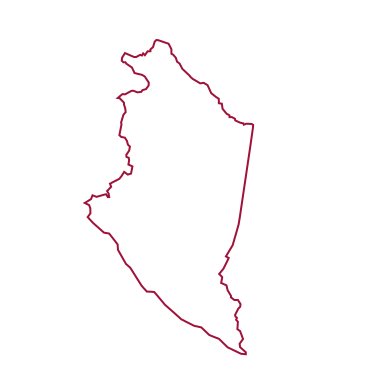 outline of Isabela, Puerto Rico, rotated 210°
{"feature_id": "32010507B24410852555408", "entity_name": "Isabela", "entity_type": "district", "adm_level": 2, "iso_a3": "PRI", "parent_name": "Puerto Rico", "parent_adm1": "", "projection": "natural_earth1", "projection_center": [-66.998, 18.445], "detail": "fine", "context": "isolated", "style": "outline", "palette": "rose", "viewbox_px": 384, "rotation_deg": 210, "n_neighbors": 0, "source": "geoboundaries", "source_scale": "gbopen_adm2", "svg_char_len": 2359}
<svg xmlns="http://www.w3.org/2000/svg" viewBox="0 0 384 384"><g transform="rotate(210 192 192)"><path d="M319.5,278.8L319.7,273.3L318.5,270.6L316.2,270.0L314.5,271.1L313.0,270.3L306.3,269.8L301.2,266.3L293.7,268.5L290.6,268.4L284.1,265.1L282.8,262.5L283.3,258.1L285.8,255.5L286.0,253.4L289.1,251.0L293.4,250.4L295.0,249.3L298.8,243.1L301.2,242.0L303.3,236.3L301.4,237.0L295.7,235.4L294.4,233.5L291.7,231.1L289.4,228.0L290.0,224.6L288.1,216.6L286.9,215.4L283.3,204.9L280.8,204.3L277.3,205.5L273.9,203.7L271.2,201.0L268.5,200.3L267.1,196.4L267.5,191.4L266.3,189.6L263.9,190.0L262.3,188.0L260.8,184.0L256.4,184.4L254.0,177.5L256.3,175.0L260.8,175.5L261.0,170.6L261.5,167.1L267.2,158.2L264.6,156.1L266.0,150.4L263.5,149.0L261.2,146.2L262.3,145.5L265.3,147.1L266.8,145.7L272.2,140.1L276.5,139.4L275.9,135.3L279.4,128.9L274.5,129.2L271.9,127.0L269.3,122.7L269.8,118.1L262.4,115.8L258.2,114.9L248.0,112.8L247.0,113.1L243.0,114.6L235.0,111.4L230.2,109.4L227.2,104.9L213.2,96.7L207.5,95.5L189.1,85.8L187.8,85.3L185.2,84.4L184.7,84.3L181.4,83.2L176.7,85.6L176.0,85.9L174.7,86.5L171.5,85.4L159.8,81.1L159.3,80.9L156.4,80.3L145.0,78.0L141.7,77.3L137.6,76.4L135.3,76.6L133.7,76.6L128.5,76.9L125.0,77.1L123.2,77.2L120.1,78.2L117.5,79.0L116.2,79.4L107.2,77.2L105.5,76.8L103.3,77.1L97.7,77.9L97.5,78.0L95.1,78.3L92.0,77.5L83.4,75.3L68.7,76.4L64.3,78.4L65.3,80.1L72.8,81.7L74.9,84.4L74.3,90.2L80.8,95.6L84.1,95.9L87.4,102.6L89.9,103.4L90.2,105.5L92.0,105.9L93.2,106.9L93.6,114.1L92.9,116.8L94.0,119.2L98.2,121.4L101.3,119.7L105.6,120.2L106.2,121.5L112.0,124.7L115.5,128.4L121.3,127.8L123.0,132.8L123.4,133.5L127.5,134.6L126.4,141.3L127.0,150.5L127.2,153.2L130.4,153.2L130.2,166.3L133.6,180.1L135.4,187.2L138.0,194.1L145.8,213.8L164.1,260.1L171.5,278.5L172.6,280.7L174.5,280.7L179.1,278.3L180.8,276.2L181.8,277.1L185.0,276.1L190.3,275.6L191.5,276.9L195.0,276.8L196.9,275.6L197.9,277.1L201.2,277.1L207.1,279.3L210.3,283.4L213.1,282.3L215.4,286.1L218.7,286.3L224.8,287.2L231.9,292.3L236.4,292.4L239.2,290.2L246.4,290.3L248.0,290.3L251.2,291.0L252.1,291.5L261.9,293.8L266.9,297.0L270.1,297.4L273.2,300.2L277.0,301.5L278.9,301.4L281.3,305.4L286.4,308.7L296.6,306.7L298.8,305.9L299.5,303.6L298.2,298.1L299.3,294.6L298.4,293.1L300.8,291.6L301.2,286.9L303.6,287.6L303.6,285.2L305.4,284.9L307.9,280.9L309.9,279.9L319.5,278.8Z" fill="none" stroke="#9f1239" stroke-width="2"/></g></svg>